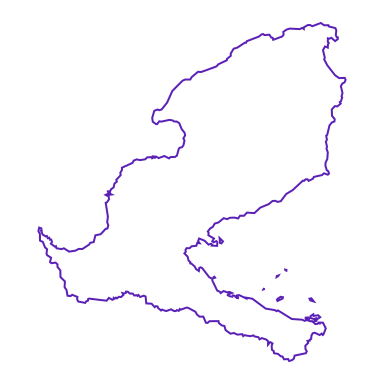 Halmahera Timur, Maluku Utara, Indonesia
{"feature_id": "22746128B70343351071090", "entity_name": "Halmahera Timur", "entity_type": "district", "adm_level": 2, "iso_a3": "IDN", "parent_name": "Indonesia", "parent_adm1": "Maluku Utara", "projection": "mercator", "projection_center": [128.277, 1.003], "detail": "fine", "context": "isolated", "style": "outline", "palette": "violet", "viewbox_px": 384, "rotation_deg": 0, "n_neighbors": 0, "source": "geoboundaries", "source_scale": "gbopen_adm2", "svg_char_len": 6010}
<svg xmlns="http://www.w3.org/2000/svg" viewBox="0 0 384 384"><path d="M50.0,262.1L51.5,263.2L55.6,262.6L57.5,264.4L57.5,267.0L60.3,270.3L60.5,277.1L64.9,281.4L64.6,287.2L66.5,290.0L67.5,295.7L70.5,296.1L72.2,294.8L77.4,296.9L77.1,299.2L78.2,301.5L85.2,302.9L86.2,301.4L88.0,300.6L88.0,299.2L89.1,298.6L106.6,300.7L108.9,297.9L112.3,299.8L113.5,299.3L113.7,297.9L114.7,298.6L116.0,297.6L117.0,298.4L118.9,296.8L121.0,297.1L123.4,294.9L122.5,293.1L124.1,293.5L126.0,292.7L126.0,291.7L127.8,291.7L130.0,293.6L132.6,293.5L134.3,295.5L136.9,295.2L137.4,295.9L138.4,295.0L140.2,297.0L143.7,295.7L145.6,296.5L146.3,303.4L151.6,303.7L154.7,307.2L156.1,306.1L157.6,306.5L158.0,307.9L161.0,310.5L162.0,309.6L166.1,311.1L171.1,309.3L173.7,310.9L175.7,311.1L176.9,310.1L178.7,310.9L179.8,309.0L180.7,309.7L186.5,307.6L188.1,307.8L195.5,311.8L197.0,314.6L199.6,316.7L203.3,316.6L205.9,322.7L207.6,322.9L209.5,321.2L218.5,321.1L218.9,323.1L221.8,325.4L224.4,326.0L225.6,330.1L230.5,333.7L233.9,333.0L237.3,334.6L242.3,334.2L243.2,336.1L244.4,335.2L250.3,336.2L253.4,335.4L254.4,336.4L258.4,337.2L259.6,339.3L261.8,338.1L266.4,339.6L268.1,341.3L268.0,344.7L270.2,342.1L272.5,343.4L271.7,345.6L271.9,349.7L273.7,351.1L274.0,353.2L278.0,353.9L280.8,356.3L282.5,356.5L284.0,359.3L288.2,359.1L289.1,361.0L291.9,360.2L293.9,358.6L294.6,355.6L305.9,353.2L306.8,351.4L305.5,349.1L305.3,345.8L308.2,342.9L307.5,340.9L309.7,340.7L309.7,339.8L311.2,338.9L311.4,335.7L312.7,333.3L314.6,332.7L319.6,335.0L321.7,333.6L322.7,335.0L323.4,334.5L325.8,328.4L323.0,322.7L319.5,322.6L319.5,323.4L318.3,322.8L317.6,323.8L315.4,324.1L311.9,321.0L310.7,321.4L306.6,320.0L304.8,320.9L302.1,319.7L291.8,319.0L277.9,310.4L276.6,311.2L274.8,310.1L265.7,308.6L252.3,298.7L245.7,297.6L246.0,298.4L239.2,295.1L237.3,295.3L237.9,298.1L236.6,297.9L236.0,297.1L235.9,296.4L234.1,295.6L232.9,295.4L232.4,296.7L229.5,296.2L227.7,295.1L228.0,294.4L231.9,293.0L229.6,292.0L227.0,292.3L223.6,291.0L220.7,293.1L219.8,291.7L217.2,290.6L212.4,280.7L212.3,278.8L209.2,277.2L202.2,268.1L200.5,267.3L199.2,268.0L198.9,271.0L196.0,269.1L194.7,266.5L191.3,263.5L190.2,263.4L190.2,261.9L188.6,260.7L187.6,256.6L184.4,253.4L185.8,251.7L185.5,250.0L186.5,248.2L189.6,248.2L191.6,246.3L196.3,245.8L197.3,242.9L199.6,243.2L198.1,241.1L199.1,238.5L204.6,240.7L208.5,244.6L211.3,243.7L212.3,244.9L211.9,245.6L217.1,245.9L217.4,242.4L216.4,241.1L213.6,242.3L212.3,241.2L214.0,238.5L208.4,235.3L208.6,232.7L207.8,231.5L210.1,228.5L212.8,226.9L214.7,223.6L218.6,222.4L223.6,218.2L227.3,219.1L229.8,217.8L234.6,217.6L238.1,218.5L240.1,215.7L243.9,215.8L247.0,212.6L254.4,213.1L260.3,207.6L268.8,204.1L272.5,201.0L275.2,200.8L277.7,201.9L280.8,201.2L286.2,194.0L292.7,190.1L302.9,180.6L304.0,180.9L305.6,179.3L307.7,179.4L308.6,180.9L312.8,178.8L313.9,176.9L321.9,175.1L324.0,173.3L327.8,174.7L329.0,173.6L328.2,171.1L326.8,170.3L325.4,165.6L325.6,162.5L327.3,159.0L327.8,152.3L326.5,148.6L327.0,146.7L325.9,141.8L326.9,139.7L326.2,135.7L327.2,134.9L329.5,125.4L331.8,122.5L334.4,121.5L334.7,119.1L332.0,115.8L331.8,109.5L334.7,106.2L337.4,106.4L340.7,103.6L339.8,102.1L340.9,101.3L342.2,97.5L341.5,96.3L342.5,93.2L340.9,86.1L342.2,83.7L344.6,82.3L345.6,79.9L344.8,77.9L339.2,78.1L335.1,75.3L327.3,65.3L324.2,59.5L324.8,57.7L323.0,50.2L325.0,46.5L327.8,47.6L327.9,44.4L328.8,43.0L327.8,41.8L327.9,38.3L329.4,38.7L331.4,37.8L335.1,41.1L337.8,39.1L337.8,37.4L336.7,37.2L335.8,34.9L336.3,30.4L335.4,28.1L328.7,26.4L328.4,25.2L324.2,25.3L320.8,23.0L312.3,26.2L310.0,25.0L307.7,25.1L303.9,27.3L303.8,29.0L302.2,27.9L299.9,29.1L289.6,28.6L286.5,29.6L283.3,31.9L283.6,34.7L282.2,36.5L273.2,39.8L272.7,37.8L271.2,37.5L269.4,34.7L264.4,35.1L263.3,34.1L261.8,34.3L258.8,36.6L246.8,41.2L246.0,42.8L244.8,42.7L237.4,47.6L233.7,48.7L230.7,53.5L230.8,55.8L226.9,59.0L226.8,60.3L218.5,64.2L216.3,66.5L201.2,72.0L198.0,71.8L191.7,77.1L190.3,79.5L185.3,79.5L182.5,80.7L172.3,91.0L167.1,102.6L161.6,109.5L159.2,110.2L157.4,109.5L154.3,110.8L152.2,117.9L152.8,121.8L156.1,124.1L157.1,124.1L159.3,121.3L161.4,121.6L169.3,119.9L172.6,120.4L174.1,121.5L176.6,121.5L179.2,123.1L181.7,129.1L184.6,132.8L185.1,135.5L183.4,138.3L184.5,140.6L183.4,145.4L182.0,147.2L179.6,147.8L178.8,148.9L176.9,155.6L175.1,156.9L170.5,157.1L169.0,158.4L164.4,156.0L158.7,158.1L156.1,156.6L153.0,156.4L153.3,157.5L155.9,157.8L153.2,157.6L152.1,158.3L151.2,157.1L149.6,157.2L147.1,157.4L145.2,159.3L140.1,160.1L136.7,159.4L133.7,160.6L132.5,162.9L121.9,167.7L122.0,169.9L120.3,172.8L120.7,175.1L116.3,179.8L116.8,181.7L114.5,183.5L113.6,187.4L111.0,189.3L110.2,191.2L107.9,191.4L108.7,193.7L109.4,193.9L110.0,192.7L110.2,193.8L111.6,194.5L108.5,194.9L109.0,199.3L106.9,202.4L105.7,202.8L107.9,216.7L107.2,222.3L108.3,225.3L107.4,228.5L105.6,228.9L100.7,234.2L95.4,235.3L93.7,242.1L90.2,242.8L89.2,244.5L82.4,249.0L78.8,248.9L75.3,250.7L69.1,251.6L63.9,248.3L61.5,249.1L56.5,248.3L55.9,246.2L55.0,246.7L50.9,243.7L52.0,242.0L51.2,239.6L50.0,239.7L49.2,237.7L47.8,238.2L46.8,236.0L45.6,236.4L42.6,234.5L41.1,230.8L41.7,230.6L41.2,228.8L42.1,228.7L39.2,227.6L38.4,231.2L39.9,233.9L40.0,240.6L42.9,242.0L45.0,247.4L47.1,249.2L46.5,253.4L47.1,255.2L51.1,257.7L50.0,262.1ZM313.6,315.9L313.3,314.3L310.5,316.1L310.4,318.0L313.9,319.0L316.4,318.2L318.0,318.7L320.2,317.2L318.2,315.3L313.6,315.9ZM277.5,301.0L282.7,298.5L282.9,297.2L280.6,296.8L277.7,298.8L276.9,299.7L277.5,301.0ZM219.6,238.0L220.0,242.9L221.4,243.4L223.0,241.4L219.6,238.0ZM311.4,298.3L309.5,298.7L310.3,300.4L313.8,301.5L311.4,298.3ZM308.3,317.5L305.7,317.6L305.5,318.1L306.1,319.2L308.9,319.5L308.3,317.5ZM316.8,319.7L314.4,320.3L314.6,321.2L316.4,320.9L316.8,319.7ZM107.1,194.2L105.6,194.9L107.5,195.9L108.2,195.2L107.1,194.2ZM276.6,277.1L278.3,275.9L278.6,275.4L276.7,276.1L276.6,277.1ZM214.4,276.7L213.5,277.2L213.3,278.2L215.1,277.7L214.4,276.7ZM286.4,270.7L286.5,270.0L285.2,269.6L285.3,270.2L286.4,270.7ZM236.2,296.8L237.4,296.6L236.7,295.9L236.2,296.8ZM264.7,289.0L263.7,288.8L263.4,289.4L264.7,289.0Z" fill="none" stroke="#5b21b6" stroke-width="2"/></svg>